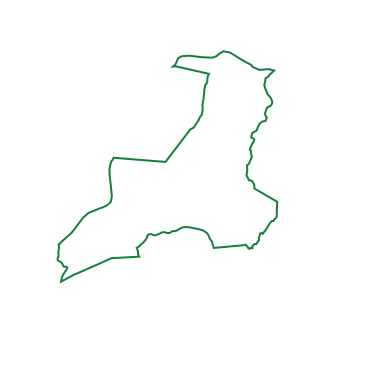 the district of Lago da Pedra, Maranhão, Brazil, rotated 213°
{"feature_id": "56859067B74680935890891", "entity_name": "Lago da Pedra", "entity_type": "district", "adm_level": 2, "iso_a3": "BRA", "parent_name": "Brazil", "parent_adm1": "Maranhão", "projection": "robinson", "projection_center": [-45.211, -4.719], "detail": "fine", "context": "isolated", "style": "outline", "palette": "green", "viewbox_px": 384, "rotation_deg": 213, "n_neighbors": 0, "source": "geoboundaries", "source_scale": "gbopen_adm2", "svg_char_len": 2881}
<svg xmlns="http://www.w3.org/2000/svg" viewBox="0 0 384 384"><g transform="rotate(213 192 192)"><path d="M253.0,45.4L246.0,58.2L240.1,67.0L230.8,81.3L229.4,83.4L223.5,92.6L201.1,109.0L202.3,109.4L204.1,111.4L205.8,113.6L208.0,115.1L206.8,117.4L206.5,119.1L206.1,120.9L205.4,122.4L205.0,125.9L204.7,127.2L204.9,128.9L205.6,130.9L205.2,132.9L203.5,134.4L201.3,134.8L199.0,135.7L197.7,137.7L196.6,139.0L195.5,141.4L194.1,142.8L191.9,143.8L190.5,144.0L189.4,144.8L187.9,146.2L187.3,148.3L186.0,149.4L184.6,150.1L183.2,152.5L182.0,155.1L180.3,157.5L177.8,159.5L175.0,160.9L170.1,162.9L165.6,164.7L161.7,165.9L156.8,165.6L154.5,164.6L151.7,162.6L147.7,160.9L145.2,158.4L143.2,157.0L121.2,174.3L119.5,175.7L118.3,177.2L117.0,176.6L115.1,176.3L113.9,175.4L112.6,175.8L112.3,177.3L110.8,177.7L111.9,179.8L111.2,182.4L109.7,183.4L109.8,185.8L109.5,188.0L111.1,190.0L111.2,191.4L112.2,193.9L111.6,195.5L109.9,195.4L109.9,197.0L109.5,199.9L109.5,201.9L109.7,203.9L109.6,206.3L109.7,208.7L109.2,211.2L108.0,212.0L108.0,213.9L107.5,215.9L107.5,217.5L112.0,224.7L115.2,230.2L141.6,228.9L143.7,232.0L147.3,233.9L149.4,233.6L150.7,232.8L152.7,234.2L155.3,235.6L156.0,236.9L157.4,240.2L158.8,242.1L160.4,244.2L159.6,246.3L160.4,251.2L161.2,254.5L163.2,256.1L164.7,258.4L166.4,258.8L167.4,262.1L167.5,263.7L167.8,265.3L167.6,267.6L168.4,270.0L170.3,270.2L172.1,269.9L173.6,274.1L171.3,278.8L172.3,282.9L172.4,285.7L171.8,288.9L169.1,291.6L169.8,295.2L171.3,295.7L173.5,297.5L174.5,301.1L175.0,303.5L173.0,307.4L173.0,310.1L173.9,311.4L176.7,313.6L180.0,314.7L182.1,315.2L183.9,316.7L187.6,319.2L189.6,321.0L190.9,324.7L192.3,327.5L190.9,329.9L190.9,331.7L189.3,338.6L192.3,337.5L194.1,337.2L202.1,331.0L203.6,330.8L209.7,329.9L211.3,330.8L221.6,330.0L235.8,329.7L242.3,327.2L244.3,323.0L245.5,319.1L248.3,315.6L257.9,310.0L268.6,304.8L274.6,300.2L276.5,296.6L275.7,292.4L275.4,289.9L276.2,286.9L274.6,288.2L272.7,289.0L269.1,290.4L242.1,300.3L241.9,298.2L241.3,296.3L240.3,294.5L239.4,293.1L238.9,291.5L239.0,290.0L239.0,288.2L238.2,286.9L237.5,284.7L236.6,283.0L235.3,281.0L234.2,278.4L232.8,276.1L232.2,274.1L230.4,270.3L228.3,267.5L227.4,265.7L226.9,264.2L225.8,262.1L226.2,260.7L226.0,259.2L226.0,257.7L225.6,255.9L225.6,252.8L225.7,250.0L225.5,248.4L225.8,246.8L226.5,245.3L227.5,243.6L230.6,202.8L244.1,195.5L261.0,186.3L271.3,180.8L276.4,178.1L276.0,175.4L276.4,173.6L274.0,166.8L271.3,162.6L260.8,149.7L257.1,145.1L255.7,142.0L254.7,139.4L255.7,135.5L256.9,133.1L258.0,131.3L258.8,130.1L260.6,127.8L267.4,118.1L269.4,111.0L270.1,100.6L270.2,98.4L270.8,92.1L273.1,83.5L274.1,80.5L274.5,77.4L275.3,75.5L273.6,73.4L272.6,71.6L272.0,69.9L269.0,65.6L268.6,63.2L267.4,61.6L265.0,61.7L262.5,61.5L260.7,60.6L259.1,59.6L257.8,60.1L256.6,61.0L255.4,60.5L255.0,59.1L254.9,56.8L255.1,54.3L255.0,52.6L254.7,50.1L254.1,48.3L253.5,46.9L253.0,45.4Z" fill="none" stroke="#15803d" stroke-width="2"/></g></svg>